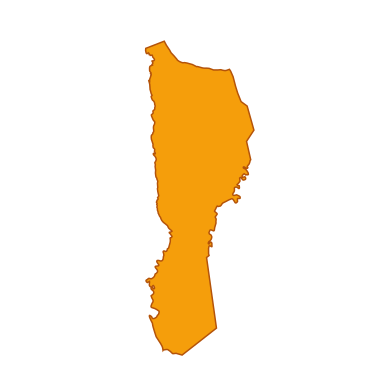 outline of La Jigua, Copán, Honduras, rotated 342°
{"feature_id": "27666195B73111216600935", "entity_name": "La Jigua", "entity_type": "district", "adm_level": 2, "iso_a3": "HND", "parent_name": "Honduras", "parent_adm1": "Copán", "projection": "equal_earth", "projection_center": [-88.775, 15.106], "detail": "fine", "context": "isolated", "style": "filled", "palette": "amber", "viewbox_px": 384, "rotation_deg": 342, "n_neighbors": 0, "source": "geoboundaries", "source_scale": "gbopen_adm2", "svg_char_len": 6063}
<svg xmlns="http://www.w3.org/2000/svg" viewBox="0 0 384 384"><g transform="rotate(342 192 192)"><path d="M132.2,344.0L173.2,329.0L185.6,258.8L188.6,257.7L188.7,255.8L190.3,250.8L191.3,249.0L191.7,248.7L192.2,248.7L192.9,249.1L193.6,250.0L194.0,250.1L194.2,249.9L194.4,249.0L195.0,247.1L195.0,246.3L194.8,245.8L194.4,245.5L193.7,245.5L192.3,246.6L191.7,246.4L191.6,245.9L191.9,245.2L192.7,244.4L194.0,244.0L195.4,243.1L196.1,242.3L196.7,241.4L197.0,240.4L196.9,239.4L196.6,238.4L195.9,237.7L195.6,237.3L195.5,236.5L195.6,235.8L197.3,233.9L197.8,233.7L198.4,233.9L200.4,235.6L201.0,235.6L201.5,235.1L202.5,233.0L205.2,229.0L205.6,227.5L206.5,225.5L206.6,224.5L206.3,223.6L206.5,222.8L208.9,221.0L209.1,220.7L209.1,220.1L207.7,217.7L207.5,217.3L207.6,217.0L209.0,215.7L211.1,213.4L211.7,213.2L212.2,213.8L212.6,213.9L214.7,214.1L215.8,213.5L217.1,212.4L218.3,211.9L221.2,211.5L224.6,210.9L227.6,210.7L228.2,211.0L228.7,211.6L229.1,212.8L229.7,215.4L230.0,215.8L230.5,216.0L231.5,215.7L232.3,215.2L232.5,214.7L232.7,213.5L233.3,212.3L235.4,212.9L235.8,212.8L236.1,212.2L236.2,211.5L236.0,211.0L235.6,210.4L233.6,208.5L231.0,208.3L230.5,208.1L230.1,207.7L230.0,207.3L230.0,206.9L230.2,206.4L230.6,205.9L231.6,205.2L232.6,204.1L233.0,203.2L233.5,201.3L234.0,200.9L234.8,200.8L235.7,201.0L236.4,201.6L237.5,203.1L237.9,203.2L238.2,203.0L238.6,202.1L238.8,200.6L237.5,199.9L237.2,199.4L237.1,198.9L238.9,198.0L240.8,196.7L241.1,196.0L241.6,193.5L242.2,193.2L242.9,193.2L243.2,193.9L243.8,195.6L244.2,196.3L244.8,196.6L245.9,196.6L246.6,196.5L247.1,196.1L247.3,195.4L247.3,194.5L247.1,194.1L246.7,193.8L244.6,193.7L244.5,193.3L244.5,192.7L244.7,192.1L245.0,191.8L246.4,191.0L247.3,190.8L248.4,192.4L249.0,192.4L250.5,192.9L251.0,192.7L251.2,192.0L251.3,191.1L250.9,189.2L250.0,186.7L248.6,185.5L248.3,184.9L248.4,184.4L248.7,184.1L249.3,184.2L250.7,185.9L251.6,186.5L252.2,186.5L252.6,186.0L252.4,185.1L252.7,184.5L255.1,182.9L256.3,181.3L257.1,179.9L257.8,179.5L259.5,160.7L270.0,152.3L271.0,127.3L266.6,121.2L266.0,112.1L266.1,104.9L266.7,95.1L266.1,89.1L265.5,86.9L262.7,87.0L261.0,86.8L259.0,85.8L257.2,84.6L254.2,83.9L250.2,82.6L246.5,79.7L244.6,78.9L242.2,78.1L240.6,77.4L236.0,74.4L235.1,74.2L231.8,70.9L227.1,67.8L224.8,66.6L223.7,66.4L222.7,66.0L221.2,64.8L220.0,63.6L218.8,62.0L218.8,61.7L218.6,61.0L217.0,57.1L215.1,53.1L214.6,50.3L213.0,44.6L212.2,40.0L192.4,41.1L191.6,43.1L191.4,44.8L191.4,45.6L191.5,46.1L191.7,46.4L192.2,46.5L193.1,46.4L193.4,46.1L194.0,47.1L193.7,48.0L194.3,48.3L194.5,49.2L196.4,49.5L196.5,49.9L196.4,50.6L196.4,51.6L197.1,53.3L197.2,54.4L196.9,54.9L196.3,55.3L195.5,55.3L194.7,55.0L194.4,55.1L194.7,57.0L194.5,57.5L193.4,58.4L193.7,58.8L193.7,59.1L191.4,59.3L190.8,59.6L190.3,60.2L189.7,61.7L189.2,63.5L189.2,64.1L189.8,66.1L189.6,66.8L189.3,66.6L189.1,66.7L189.5,67.7L189.4,68.1L188.9,68.4L188.3,69.5L186.6,71.7L186.3,72.4L186.0,73.4L185.5,72.6L185.3,72.7L185.2,75.1L185.0,76.9L183.8,81.6L183.8,82.5L183.6,85.9L183.7,86.6L183.8,86.9L183.8,88.0L182.9,88.3L182.7,88.5L182.6,88.9L182.6,90.7L182.8,92.3L183.7,93.8L183.9,94.8L183.9,96.0L183.6,97.1L183.6,98.8L182.5,100.5L182.3,101.3L181.9,102.0L180.1,102.7L179.7,103.4L179.6,104.5L179.2,105.1L178.3,105.6L177.3,106.0L177.1,106.2L177.0,107.3L177.3,111.1L177.6,112.3L178.2,113.3L178.1,114.3L177.3,115.9L176.1,117.1L175.5,118.1L175.1,119.2L174.5,122.0L174.3,122.5L173.9,123.0L173.3,123.4L172.5,124.7L170.9,125.6L170.2,127.1L169.7,129.2L169.7,134.5L169.1,136.1L168.9,137.2L168.9,138.0L169.5,139.0L169.7,139.9L168.8,142.0L169.1,143.8L168.9,144.2L168.6,144.3L167.3,143.4L167.0,143.7L166.9,144.2L167.0,144.9L167.9,146.8L168.0,147.4L168.2,148.5L168.1,149.9L167.5,150.9L165.7,152.7L165.6,154.7L164.8,156.4L164.2,159.9L163.1,162.6L162.6,165.1L162.4,166.4L162.5,167.2L162.8,167.9L162.6,168.9L162.8,171.1L161.8,173.1L160.8,177.2L160.1,178.2L159.8,180.1L159.6,181.1L159.2,185.2L158.9,185.7L157.5,186.8L157.7,187.7L157.5,188.3L157.2,188.6L156.2,189.0L155.7,190.0L155.1,190.5L155.0,191.0L155.3,192.2L154.6,192.9L154.7,193.5L154.7,194.3L153.9,195.6L154.0,197.0L153.5,198.5L153.6,200.5L153.3,201.5L153.6,203.5L153.6,204.5L154.2,206.5L154.2,208.0L154.5,209.8L155.4,212.0L156.9,214.2L158.2,216.3L158.4,217.1L158.5,218.5L158.8,219.5L160.4,222.1L160.8,222.9L160.7,223.3L159.1,223.5L158.1,223.3L157.8,223.6L157.8,223.9L158.3,224.8L158.6,225.7L159.2,227.7L159.2,228.3L158.2,229.0L157.3,228.8L157.0,229.0L156.8,229.5L156.6,230.9L155.8,232.9L152.6,237.8L152.1,238.2L151.1,238.4L150.3,239.7L149.5,240.4L148.5,240.4L147.2,239.4L146.6,239.4L146.2,239.7L146.0,240.2L146.0,241.6L145.7,243.5L144.9,244.5L143.8,246.9L143.2,247.5L142.4,248.0L141.6,248.1L140.6,247.8L139.5,247.0L138.7,246.6L137.8,246.4L137.3,246.7L137.1,247.1L137.0,247.6L137.3,249.0L137.8,250.5L137.9,251.1L137.7,251.5L137.1,251.8L134.5,251.4L134.1,251.5L133.8,251.9L133.9,252.8L134.7,254.9L134.9,255.7L134.8,256.7L134.3,257.5L133.0,258.3L131.7,258.6L130.1,260.7L128.5,261.5L127.1,261.9L126.5,261.9L125.7,261.6L124.6,260.9L123.8,260.8L122.6,261.4L121.4,261.6L121.0,261.9L120.8,262.4L120.9,263.3L121.5,264.3L123.9,263.9L123.7,264.8L122.9,266.5L122.6,267.7L122.7,268.4L123.2,269.3L123.7,269.9L124.0,270.0L125.0,269.5L125.8,269.0L126.2,268.9L126.5,269.3L126.7,269.9L126.8,271.3L126.5,272.1L125.9,272.3L125.3,272.0L124.9,270.8L124.5,270.4L123.9,270.3L123.4,270.8L123.2,271.3L123.3,272.0L123.6,272.6L124.2,273.3L124.6,274.4L124.7,275.2L124.5,276.0L124.2,276.5L123.7,277.0L121.0,278.1L121.1,280.5L121.5,282.5L121.4,283.5L120.9,284.4L119.4,285.8L118.1,287.4L117.7,288.0L117.6,288.7L117.7,289.0L118.1,289.5L120.7,291.4L122.3,293.1L123.5,294.7L123.8,295.2L123.8,295.6L123.3,296.7L122.2,298.1L121.0,298.6L120.0,299.7L119.4,300.1L117.5,300.6L116.3,300.5L115.5,300.1L115.2,299.6L115.1,298.3L114.7,297.5L113.7,296.3L113.4,296.3L113.2,296.6L113.0,297.3L113.0,298.5L113.3,301.4L113.8,304.5L113.4,307.1L113.3,309.1L113.2,313.8L113.2,318.6L115.3,326.4L115.9,329.6L115.9,331.2L115.5,333.7L116.2,333.2L117.0,333.6L118.8,333.8L120.1,334.3L120.5,334.7L122.0,336.7L123.5,339.5L124.0,339.9L127.0,340.5L132.2,344.0Z" fill="#f59e0b" stroke="#b45309" stroke-width="1.5"/></g></svg>